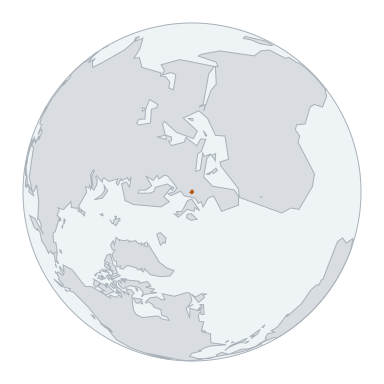 Namur highlighted on a globe, orthographic projection, rotated 244°
{"feature_id": "BEL-3476", "entity_name": "Namur", "entity_type": "Province", "adm_level": 1, "iso_a3": "BEL", "parent_name": "Belgium", "parent_adm1": "", "projection": "orthographic", "projection_center": [4.867, 50.216], "detail": "fine", "context": "on_globe", "style": "filled", "palette": "amber", "viewbox_px": 384, "rotation_deg": 244, "n_neighbors": 0, "source": "natural_earth", "source_scale": "10m", "svg_char_len": 11009}
<svg xmlns="http://www.w3.org/2000/svg" viewBox="0 0 384 384"><g transform="rotate(244 192 192)"><circle cx="192" cy="192" r="169" fill="#eef3f6" stroke="#a8b0b8"/><path d="M24.0,210.4L24.0,209.1L23.5,203.5L25.1,202.8L26.0,191.9L25.9,187.7L24.8,187.9L25.6,172.2L27.7,161.9L39.8,119.2L43.1,112.7L46.5,107.4L67.2,80.4L50.4,100.3L55.3,93.1L62.4,84.4L62.2,85.0L72.1,75.1L78.8,68.6L92.3,59.4L105.1,56.3L100.7,59.1L104.3,58.3L110.1,55.0L113.1,53.0L133.4,48.5L153.4,41.8L157.6,38.1L158.3,40.4L164.8,32.8L174.3,29.7L164.9,34.3L164.9,35.7L172.0,33.9L173.5,35.0L177.9,34.9L179.1,36.5L173.5,39.4L174.2,40.6L179.1,39.3L183.5,40.4L176.1,42.0L182.9,44.1L174.8,50.2L154.0,54.6L150.7,60.5L132.5,72.1L135.4,72.8L130.3,78.1L131.8,81.1L128.0,82.7L132.4,83.7L135.6,81.7L138.6,81.5L139.7,83.1L135.1,85.4L133.9,84.9L133.1,86.4L130.3,86.9L132.3,87.6L126.6,90.4L133.9,90.2L130.7,94.5L126.4,95.7L124.8,92.2L110.9,87.5L106.1,88.3L100.9,92.4L95.6,107.0L91.1,109.4L86.6,115.1L90.0,115.1L94.7,110.7L99.9,112.5L105.1,107.3L107.9,107.4L114.1,103.6L115.3,107.9L113.2,114.2L108.2,117.6L107.1,120.6L113.7,120.6L106.0,130.5L103.9,143.4L101.7,145.8L94.1,144.1L89.6,135.6L79.8,134.7L88.4,139.2L82.7,145.6L82.6,148.5L84.2,150.6L87.3,149.8L85.8,153.0L76.8,149.3L78.0,146.4L80.8,147.5L78.6,143.7L72.5,141.9L70.1,145.6L63.5,139.9L61.6,142.6L59.2,143.1L62.5,139.1L56.4,146.4L48.2,142.9L39.7,155.7L45.6,140.8L46.3,134.8L46.4,128.9L44.9,130.9L47.0,121.3L45.4,117.8L39.7,124.3L34.9,134.1L33.1,143.6L34.9,142.4L34.9,148.3L29.9,154.1L29.1,167.3L26.2,174.1L25.3,181.6L26.2,186.4L26.7,194.3L28.8,193.8L31.5,198.1L29.7,204.7L32.6,202.5L33.1,209.4L39.5,222.3L38.5,222.8L43.6,241.3L52.0,256.1L53.9,263.5L52.6,265.0L56.2,269.7L56.3,271.6L73.0,289.4L83.7,301.2L84.7,307.2L78.6,308.1L79.6,316.3L70.4,309.2L71.2,310.2L62.8,300.9L55.1,291.1L48.2,280.7L42.0,269.8L36.7,258.5L32.2,246.9L28.6,234.9L25.9,222.7L24.0,210.4ZM37.1,159.0L36.4,177.7L34.4,171.0L35.2,171.3L35.9,165.7L36.3,157.4L35.2,152.0L37.1,159.0ZM42.1,158.4L42.0,155.7L42.5,157.9L42.1,158.4ZM114.1,52.0L110.1,54.8L104.2,57.6L107.4,55.1L114.1,52.0ZM125.4,47.7L124.0,49.1L120.1,49.3L122.1,48.4L125.4,47.7ZM160.2,35.4L156.6,36.7L159.6,35.1L160.2,35.4ZM178.2,34.6L178.8,34.0L180.8,34.2L178.2,34.6ZM113.0,101.6L113.5,102.6L112.1,102.8L113.0,101.6ZM115.2,99.1L113.1,98.6L113.9,97.3L115.1,97.7L115.2,99.1ZM184.5,37.0L187.6,37.7L183.5,37.4L184.5,37.0ZM117.5,100.1L115.4,95.2L116.8,93.1L122.6,92.7L117.5,100.1ZM188.7,38.5L196.2,40.7L198.1,39.3L197.1,44.6L191.1,40.9L185.7,40.6L188.8,39.8L188.7,38.5ZM136.1,80.3L132.8,82.5L134.5,79.2L136.1,80.3ZM136.5,78.3L137.5,68.9L143.0,66.7L141.5,70.2L147.8,66.3L150.0,69.8L147.1,72.7L143.1,73.4L146.9,74.2L136.5,78.3ZM195.4,47.4L196.4,48.5L194.3,48.0L195.4,47.4ZM139.9,81.2L139.6,79.4L144.4,77.3L145.8,80.5L143.8,80.1L139.9,81.2ZM148.4,63.7L152.2,62.9L155.0,65.4L156.8,65.4L150.5,69.7L148.4,63.7ZM143.3,81.4L146.4,82.2L145.2,84.8L140.5,82.8L143.3,81.4ZM145.0,75.4L147.3,74.6L146.5,76.1L145.0,75.4ZM142.7,94.6L142.3,92.3L144.7,91.0L142.7,94.6ZM147.7,82.4L148.1,81.5L149.0,80.8L150.7,81.8L147.7,82.4ZM153.0,71.3L153.3,72.6L155.7,69.6L157.9,71.6L153.3,74.1L156.2,73.9L156.9,74.5L152.3,75.9L153.0,71.3ZM155.2,80.8L150.1,85.0L150.4,89.5L148.2,90.7L148.2,83.3L155.2,80.8ZM153.9,77.8L154.2,79.9L151.4,80.3L149.4,79.0L153.9,77.8ZM161.0,72.1L158.9,68.4L159.9,68.0L161.0,72.1ZM155.9,82.0L157.1,80.9L156.2,82.2L155.9,82.0ZM160.1,75.0L159.2,73.7L160.4,73.2L160.1,75.0ZM160.3,80.1L158.6,81.4L157.2,80.5L160.3,80.1ZM160.6,77.7L162.6,77.4L157.7,79.5L160.0,77.1L160.6,77.7ZM161.4,74.8L161.9,74.1L161.6,75.4L161.4,74.8ZM166.5,82.6L160.7,85.5L157.7,83.5L163.7,81.0L166.5,82.6ZM359.5,169.8L359.2,168.1L359.1,169.5L357.2,161.9L353.5,155.5L354.4,163.6L352.5,159.4L347.5,157.4L347.7,169.0L349.3,193.7L352.5,205.6L351.7,215.3L343.3,207.6L337.7,198.4L335.8,203.6L326.1,201.5L312.8,216.2L309.9,214.4L307.6,218.7L300.6,220.3L295.8,216.7L292.0,220.1L304.7,229.0L308.6,225.3L310.4,216.3L313.4,220.5L319.9,220.0L316.4,239.0L294.9,267.3L291.1,259.0L266.0,240.6L265.8,236.9L265.7,236.6L265.2,236.0L264.7,242.4L259.8,238.0L275.0,253.6L278.3,261.1L294.6,268.1L293.5,270.4L298.2,270.6L311.4,257.3L311.8,260.4L306.6,278.9L287.0,307.7L288.7,315.9L285.6,323.9L271.3,334.5L270.5,338.2L262.8,342.5L260.9,344.6L253.5,348.5L242.0,353.0L224.7,357.2L225.2,356.3L219.0,355.0L211.1,346.5L217.2,340.1L216.3,335.1L203.6,323.6L206.5,315.4L202.7,312.1L195.0,313.4L190.4,309.2L185.6,309.2L154.6,310.0L144.1,302.6L129.5,280.5L134.4,273.6L133.7,263.5L166.3,232.3L175.1,235.1L202.9,229.3L206.7,230.3L205.4,239.3L227.8,246.2L232.7,237.9L251.1,238.3L262.0,233.8L262.4,216.5L244.5,223.5L239.4,216.7L252.2,204.3L267.6,198.2L266.1,195.4L254.7,192.9L256.5,185.4L250.6,191.5L254.2,193.6L250.6,197.6L247.0,196.0L247.8,193.3L242.7,193.8L240.2,207.0L243.7,210.5L231.3,216.5L235.9,223.0L233.2,227.4L224.4,218.1L223.9,213.8L209.0,204.3L208.3,209.2L222.4,218.7L218.7,218.5L217.9,225.8L215.7,220.1L200.5,209.0L188.2,213.0L175.5,230.8L167.7,232.0L159.8,228.0L161.6,210.2L178.8,209.7L179.6,203.9L173.7,195.4L179.4,196.1L179.1,192.7L185.3,192.1L191.7,183.5L197.7,182.1L197.9,171.6L201.0,169.6L200.0,176.3L202.5,180.4L217.1,177.1L219.2,174.3L218.2,167.9L222.3,168.0L219.4,162.2L226.7,157.5L215.4,158.6L213.9,151.6L216.9,145.1L214.4,143.1L209.4,153.8L209.2,158.0L212.3,161.1L210.0,173.3L205.5,176.1L200.2,164.5L193.2,167.4L192.2,157.6L206.4,133.9L213.6,128.1L230.3,132.3L229.9,137.3L223.8,138.1L231.6,143.4L230.0,140.0L233.4,140.3L232.8,134.1L235.2,134.1L230.5,128.4L233.4,127.7L236.3,131.3L237.9,122.0L243.3,119.1L242.5,117.1L240.1,115.7L248.5,113.2L247.5,111.8L244.4,112.1L240.4,109.7L236.7,104.5L239.8,103.9L241.6,105.7L250.0,108.7L254.2,113.9L255.1,113.1L252.2,108.6L241.9,104.8L238.8,101.9L243.8,103.0L241.7,102.4L241.1,100.8L243.5,98.7L238.1,97.3L227.5,81.8L231.0,76.7L236.6,79.1L232.5,68.8L236.7,64.5L233.8,64.7L229.9,60.3L228.5,61.5L226.9,61.3L216.2,51.6L216.1,49.1L208.2,45.8L206.7,45.9L206.3,47.5L197.1,44.6L198.1,39.3L201.4,39.1L199.7,36.2L207.6,36.4L213.3,35.4L222.8,37.8L226.5,37.1L225.4,36.1L229.6,34.7L242.0,35.9L236.8,39.3L219.1,40.0L226.8,39.9L226.5,41.3L230.1,42.3L235.4,42.3L235.1,41.4L250.9,50.2L266.5,55.3L261.9,50.6L263.2,48.8L276.9,52.3L301.3,69.0L303.4,68.2L306.3,70.1L310.7,74.8L306.6,72.1L307.3,74.4L304.3,72.4L310.0,79.5L305.9,77.0L312.4,84.1L314.5,84.3L311.0,78.7L318.3,86.3L320.0,85.0L324.9,89.3L337.4,107.2L343.3,119.4L344.6,121.7L344.5,123.5L348.1,132.1L351.1,135.3L352.3,138.7L356.4,152.9L355.8,150.7L355.7,155.4L358.3,164.9L358.6,163.6L359.5,169.8ZM157.3,250.4L157.0,253.6L157.3,250.4ZM285.6,199.7L293.7,194.4L287.0,186.9L289.6,184.3L286.4,182.8L286.5,186.4L278.2,181.7L280.6,176.2L278.1,172.3L275.3,174.0L272.2,185.0L284.0,191.6L283.4,197.0L285.6,199.7ZM39.7,222.6L40.3,225.4L39.1,223.4L39.7,222.6ZM32.9,172.6L33.3,175.5L33.2,178.0L32.6,176.2L32.9,172.6ZM39.7,195.8L40.8,199.4L39.1,196.8L39.7,195.8ZM36.6,180.4L38.7,193.1L35.6,188.7L34.4,180.8L35.9,184.6L36.6,180.4ZM39.4,160.9L39.4,163.1L38.6,163.7L39.4,160.9ZM42.4,160.0L42.2,159.5L42.7,157.6L42.4,160.0ZM83.2,145.8L83.9,146.2L84.9,148.8L83.3,148.5L83.2,145.8ZM96.4,155.7L93.7,160.7L94.5,156.8L91.7,157.1L89.9,149.5L100.5,146.6L96.0,149.2L96.4,155.7ZM90.5,139.1L90.4,143.9L90.1,138.8L90.5,139.1ZM171.2,175.8L174.1,178.0L172.8,181.9L165.2,184.6L167.0,178.7L171.2,175.8ZM178.5,180.2L175.4,168.5L180.0,166.6L177.9,169.6L181.3,169.5L178.9,174.3L186.3,184.4L185.7,188.7L172.0,190.7L176.8,187.6L173.7,185.5L178.5,180.2ZM159.3,144.6L158.0,140.3L169.6,141.8L169.5,145.7L161.9,148.4L157.6,145.4L159.3,144.6ZM128.2,100.7L126.9,99.6L128.2,98.9L130.3,99.3L128.2,100.7ZM142.3,93.6L135.0,105.3L133.2,104.5L131.0,112.7L125.4,113.9L127.0,108.4L121.1,115.7L120.3,111.2L116.8,116.5L120.9,104.2L119.9,100.7L123.1,104.1L128.3,103.1L130.2,101.6L135.0,95.0L135.5,87.4L140.7,85.5L144.2,86.2L144.9,87.7L141.3,88.4L144.8,90.0L140.1,92.2L142.3,93.6ZM182.7,99.6L178.3,99.0L184.5,103.9L179.9,105.6L180.9,106.0L178.3,109.0L176.9,113.5L174.5,113.7L175.0,115.4L173.3,117.5L173.2,120.0L168.9,121.2L168.4,124.4L166.6,123.2L166.9,128.4L164.8,125.2L162.4,127.8L165.7,129.6L142.7,132.0L134.7,136.1L129.2,141.4L126.2,135.5L129.4,127.0L135.9,118.4L144.1,115.5L141.3,113.6L144.3,111.7L145.3,114.0L145.6,109.4L148.4,108.5L154.2,101.8L153.0,96.0L155.1,93.6L157.0,95.4L157.7,91.7L162.7,93.7L164.3,92.0L170.8,92.5L173.4,97.3L175.0,95.1L180.0,95.6L182.7,99.6ZM168.3,82.9L172.5,87.9L172.1,91.4L161.0,89.2L158.9,90.4L151.8,89.5L152.6,84.6L154.5,85.3L156.6,84.8L155.5,86.5L158.0,84.8L160.8,85.8L163.4,84.8L164.1,86.6L168.3,82.9ZM209.8,226.5L212.5,226.4L216.5,225.3L216.1,230.1L209.8,226.5ZM199.3,219.0L201.6,218.2L203.0,224.0L200.1,224.2L199.3,219.0ZM201.7,212.9L201.6,217.7L200.0,215.2L201.7,212.9ZM202.0,175.2L204.3,174.0L205.0,175.4L204.2,177.9L202.0,175.2ZM200.2,115.7L197.7,114.5L198.1,113.5L194.9,108.9L198.1,107.4L201.3,109.7L200.2,115.7ZM260.0,220.6L257.6,224.9L255.6,224.1L256.8,222.8L260.0,220.6ZM236.3,228.7L242.3,229.1L236.1,230.0L236.3,228.7ZM203.1,113.4L201.4,111.6L204.1,112.0L203.1,113.4ZM200.3,106.2L203.2,106.2L198.2,106.7L200.3,106.2ZM308.5,308.0L295.0,324.8L288.7,328.9L289.2,326.9L295.4,318.3L303.2,311.4L307.5,305.4L308.5,308.0ZM360.6,181.4L360.2,180.7L360.1,176.2L360.1,174.8L360.6,181.4ZM353.0,206.1L355.4,209.3L354.7,213.1L353.0,206.1ZM346.3,124.6L347.6,128.3L346.8,127.0L344.6,121.4L346.3,124.6ZM328.6,93.2L331.6,97.1L333.0,99.0L332.1,98.0L328.6,93.2ZM227.9,100.9L228.8,108.7L231.5,113.9L236.4,115.9L229.9,116.7L225.7,108.7L227.9,100.9ZM227.2,84.1L223.0,82.7L224.5,81.3L225.7,81.5L227.2,84.1ZM224.9,84.7L220.3,86.8L217.7,84.8L221.8,83.5L224.9,84.7ZM211.9,99.7L211.9,102.1L209.7,101.6L211.9,99.7ZM303.8,66.1L302.2,65.1L299.5,62.6L301.3,63.9L303.8,66.1ZM289.0,54.2L298.2,61.6L305.3,68.2L304.8,67.3L309.4,71.2L308.3,71.1L300.9,64.5L296.1,60.1L292.1,57.6L286.6,53.5L282.7,51.9L279.3,49.9L281.3,50.1L289.0,54.2ZM281.2,51.5L272.5,48.2L268.9,44.8L270.0,44.8L275.5,47.6L277.1,49.2L281.2,51.5ZM269.4,46.5L270.8,48.1L261.1,48.7L258.1,48.1L263.6,45.4L265.3,46.8L268.3,47.4L269.4,46.5ZM197.9,47.9L196.5,48.4L196.7,47.4L197.9,47.9ZM226.2,62.1L223.9,61.7L224.2,60.3L226.2,62.1ZM217.8,59.7L219.1,61.6L216.4,59.9L217.8,59.7ZM222.2,65.8L219.0,62.4L223.9,65.3L222.2,65.8Z" fill="#d9dde1" stroke="#a8b0b8" stroke-width="1"/><path d="M191.9,192.2L191.7,192.4L191.6,192.5L191.2,192.8L191.1,192.6L191.1,192.4L191.0,192.1L191.1,191.9L191.0,192.0L190.9,191.9L191.0,191.8L191.1,191.7L191.3,191.7L191.5,191.7L191.5,191.4L191.4,191.3L191.5,191.3L191.4,191.3L191.5,191.3L191.5,191.2L191.4,191.2L191.5,191.0L191.4,191.0L191.5,191.0L191.6,190.9L191.8,190.8L192.1,190.8L192.2,190.7L192.2,190.8L192.3,190.9L192.3,191.0L192.5,191.1L192.6,191.3L192.6,191.2L192.7,191.3L192.8,191.5L193.0,191.5L192.9,191.7L193.0,191.7L193.0,191.8L192.9,191.8L192.7,191.9L192.7,192.0L192.8,192.2L192.7,192.2L192.8,192.3L192.7,192.3L192.4,192.4L192.3,192.5L192.2,192.5L192.3,192.7L192.4,192.8L192.5,192.9L192.4,192.9L192.4,193.0L192.2,193.1L192.1,193.3L192.0,193.2L191.9,193.1L192.0,193.0L192.0,192.9L191.9,192.8L191.9,192.7L191.9,192.4L192.0,192.4L192.0,192.2L191.9,192.2Z" fill="#f59e0b" stroke="#b45309" stroke-width="1.5"/></g></svg>